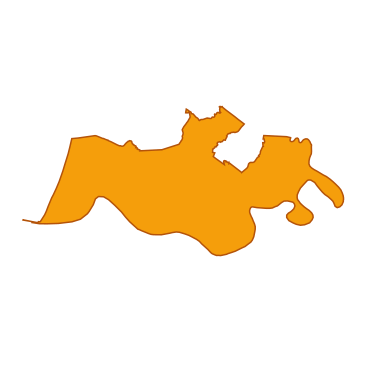 outline of Pueblo Viejo, Veracruz, Mexico, rotated 205°
{"feature_id": "50627088B14771067875898", "entity_name": "Pueblo Viejo", "entity_type": "district", "adm_level": 2, "iso_a3": "MEX", "parent_name": "Mexico", "parent_adm1": "Veracruz", "projection": "mercator", "projection_center": [-97.929, 22.164], "detail": "fine", "context": "isolated", "style": "filled", "palette": "amber", "viewbox_px": 384, "rotation_deg": 205, "n_neighbors": 0, "source": "geoboundaries", "source_scale": "gbopen_adm2", "svg_char_len": 6005}
<svg xmlns="http://www.w3.org/2000/svg" viewBox="0 0 384 384"><g transform="rotate(205 192 192)"><path d="M225.3,135.4L224.1,135.6L221.7,135.6L213.9,136.0L211.2,136.3L209.1,137.0L206.3,138.2L201.7,140.3L194.7,145.3L192.7,146.9L189.4,149.1L186.4,150.2L180.8,151.0L176.4,151.4L167.7,151.0L164.4,150.4L161.3,149.1L153.5,146.7L149.6,145.1L148.2,144.7L147.2,144.6L144.7,144.7L142.8,144.9L141.6,145.6L139.2,146.5L134.3,150.2L133.4,151.3L131.0,153.5L127.7,156.7L122.9,162.7L120.9,165.0L119.1,168.5L117.5,171.4L117.0,174.0L117.1,177.5L118.4,182.9L119.0,185.0L120.1,187.4L121.9,189.5L124.6,191.9L126.3,193.6L127.8,194.7L129.9,196.6L131.0,197.7L131.9,199.4L132.2,200.8L132.2,202.1L132.1,202.8L131.6,203.6L130.9,204.1L126.5,205.3L117.8,208.6L114.6,210.1L112.4,211.5L110.4,213.9L108.7,215.5L106.3,220.4L104.7,222.7L101.5,224.3L98.4,225.0L96.2,225.4L94.4,224.7L92.8,222.8L92.6,219.9L93.4,217.6L94.2,215.8L95.7,213.6L96.4,211.1L95.4,208.9L92.1,207.0L87.5,206.7L83.9,206.8L79.7,207.7L76.1,209.9L72.4,213.8L71.4,217.6L71.5,220.2L72.7,222.2L74.8,223.7L78.0,224.8L81.0,225.3L83.9,225.9L86.6,226.7L89.2,227.6L91.4,228.9L93.2,229.8L94.4,231.5L95.4,233.8L95.6,237.4L95.4,241.4L94.0,246.0L92.3,251.3L91.2,252.3L89.3,253.0L84.8,252.5L81.1,250.4L77.1,248.5L73.8,247.0L70.6,245.9L66.5,245.2L62.6,244.0L60.4,243.2L58.5,241.7L56.2,239.5L53.8,239.2L51.8,241.0L50.7,243.7L50.8,247.2L51.4,248.6L51.4,249.0L52.2,250.7L53.4,252.5L55.4,254.6L58.0,256.8L61.2,258.4L65.1,259.8L68.5,260.9L72.1,261.9L76.7,262.8L80.1,262.9L87.5,263.7L90.9,263.9L94.0,264.4L96.1,265.2L97.9,266.9L99.1,269.7L99.8,272.6L100.0,275.7L100.0,277.0L100.9,279.4L102.9,283.4L103.5,285.0L103.9,285.5L104.5,285.7L106.4,287.4L107.6,288.1L108.7,288.6L109.9,288.8L110.5,288.6L111.6,288.1L112.7,286.9L113.3,285.8L113.7,283.9L113.9,283.2L114.5,282.6L115.1,282.4L115.8,282.5L116.2,282.7L117.4,284.4L118.2,285.2L119.3,285.4L120.4,284.6L120.9,283.3L121.2,281.7L121.8,280.6L122.8,279.8L123.7,279.6L124.7,279.9L125.2,280.7L125.4,282.1L125.4,282.8L125.8,282.9L129.7,282.1L132.4,281.0L150.8,273.5L149.9,270.1L149.0,270.5L148.7,270.1L148.2,269.3L148.1,269.1L147.6,268.7L147.4,268.2L147.2,267.2L148.7,266.6L147.1,263.7L146.7,263.4L147.1,263.1L147.1,257.6L146.8,256.9L146.7,256.5L146.5,255.8L146.4,255.3L146.5,254.7L146.8,253.8L147.1,253.3L146.2,252.5L146.9,251.6L147.3,251.0L147.4,250.4L148.0,246.7L148.2,245.9L148.4,245.5L148.9,244.9L149.3,244.5L149.8,244.3L151.5,243.5L151.9,243.1L152.3,242.3L152.6,241.5L152.1,238.6L152.2,237.3L152.8,235.8L155.2,230.6L155.3,230.7L170.1,234.0L170.5,233.3L170.8,233.8L171.0,234.1L171.2,234.4L171.3,234.1L172.2,233.9L172.7,234.1L173.5,234.1L173.8,233.7L174.3,234.1L174.2,234.4L174.7,234.4L176.0,234.1L176.3,233.5L176.3,233.1L174.3,230.5L184.2,232.3L187.7,233.1L187.9,237.1L190.1,236.6L190.2,237.0L191.4,239.6L190.8,240.1L190.8,240.6L190.5,241.1L190.2,241.4L190.1,241.9L190.2,242.7L189.0,243.4L189.2,243.9L189.3,244.5L188.7,244.9L188.6,245.6L189.5,246.5L189.9,246.8L189.7,247.4L189.6,248.0L189.2,248.4L188.8,248.7L188.1,249.3L187.4,249.1L187.2,249.5L186.9,249.6L186.4,250.1L186.1,250.2L185.8,250.8L185.7,251.3L185.4,252.2L185.2,252.6L183.7,253.0L183.8,254.4L183.7,256.3L183.7,257.1L184.3,257.4L184.4,257.6L184.2,258.1L184.0,259.1L184.0,259.8L183.8,260.1L183.5,260.2L183.3,260.4L183.2,260.6L182.9,261.0L182.3,261.0L182.2,261.2L182.1,261.7L181.9,262.2L181.6,262.3L181.1,262.9L180.1,263.3L179.9,263.6L179.4,263.9L179.2,264.0L178.7,263.9L178.0,264.2L176.3,265.8L175.9,266.4L175.5,267.7L174.7,271.7L174.3,272.8L173.7,274.5L173.4,275.7L178.9,276.9L180.5,277.2L184.9,278.3L195.8,280.6L200.1,281.7L200.6,282.1L200.8,281.8L201.2,281.5L201.4,281.6L201.7,281.7L202.1,281.5L202.8,281.4L203.1,281.0L203.2,280.7L202.2,280.4L202.2,279.7L201.9,279.0L201.8,278.4L201.4,277.9L200.9,276.8L200.6,276.5L200.3,276.5L199.6,276.2L199.7,275.9L199.8,275.5L200.4,275.1L201.5,275.2L202.0,275.2L202.5,274.8L202.8,274.5L202.9,273.9L202.9,273.1L203.0,272.5L203.4,272.2L204.3,272.3L204.4,272.1L204.4,271.8L203.8,271.0L203.4,270.3L203.4,269.6L203.9,269.0L204.3,268.8L204.8,268.8L205.4,268.3L205.5,267.4L205.8,266.7L206.9,266.2L208.1,265.9L209.1,265.4L209.5,265.5L212.7,262.4L214.6,261.4L215.3,260.0L215.9,259.9L216.3,260.4L216.7,260.6L218.0,261.2L218.9,261.4L220.1,261.5L222.3,262.5L224.0,263.2L225.6,262.8L226.6,263.9L229.2,264.2L230.2,264.5L232.2,264.7L231.5,262.0L231.2,261.1L229.1,262.0L228.6,263.0L227.6,262.4L225.6,259.6L225.3,258.6L225.6,255.3L225.6,254.3L226.1,252.4L226.2,251.4L227.0,247.8L227.2,244.8L227.1,244.1L226.4,243.5L226.2,243.1L225.6,242.5L225.2,242.1L224.8,241.3L224.6,240.7L224.4,239.4L224.5,238.5L223.6,237.3L223.3,236.6L223.2,235.8L223.2,234.6L223.5,233.7L223.4,233.5L223.6,232.1L223.7,231.6L223.9,230.8L223.9,229.8L237.1,217.6L256.6,207.3L256.6,207.7L256.9,208.0L258.2,208.0L258.5,207.8L259.1,207.7L259.4,207.8L259.8,207.8L259.8,208.5L260.1,208.7L260.9,208.8L261.4,208.7L261.7,208.5L261.8,209.4L262.1,209.8L262.6,210.0L263.6,209.7L263.9,209.8L264.1,210.1L265.0,210.0L265.4,210.4L266.1,210.5L266.4,210.5L267.1,211.2L267.8,211.9L267.9,212.2L268.5,212.5L269.1,212.5L269.3,212.4L270.0,212.0L270.5,212.0L270.8,211.3L271.2,210.8L271.3,210.8L271.3,210.6L271.6,210.2L272.2,209.1L272.9,206.9L273.1,205.9L273.4,205.2L273.9,204.5L274.4,204.1L275.0,203.8L276.1,203.7L276.6,203.6L277.2,203.2L279.7,203.1L286.4,203.3L290.0,203.2L290.2,203.5L290.4,203.4L290.8,203.3L292.8,203.1L294.8,203.1L295.5,202.8L297.6,202.7L300.1,202.6L301.0,202.5L302.1,202.5L303.7,202.1L318.0,192.8L323.3,189.7L323.5,189.6L321.7,181.1L320.4,174.4L318.9,163.3L317.9,156.4L316.8,145.4L316.5,137.8L316.5,130.6L316.7,127.5L316.3,118.2L315.9,113.0L315.9,109.0L316.9,101.4L317.3,100.7L318.7,100.2L318.7,99.5L318.9,99.1L319.3,98.9L323.1,97.9L331.3,95.9L332.4,95.6L333.0,95.6L333.3,95.5L333.3,95.2L332.8,95.3L332.4,95.4L324.3,97.6L324.1,96.7L317.1,98.7L310.0,101.9L299.9,107.0L288.1,114.3L281.6,120.2L277.6,128.1L277.0,130.9L276.1,138.8L276.6,145.0L274.8,148.4L270.1,150.3L264.4,149.8L256.3,147.3L247.5,144.1L241.9,141.3L235.9,138.7L225.3,135.4Z" fill="#f59e0b" stroke="#b45309" stroke-width="1.5"/></g></svg>